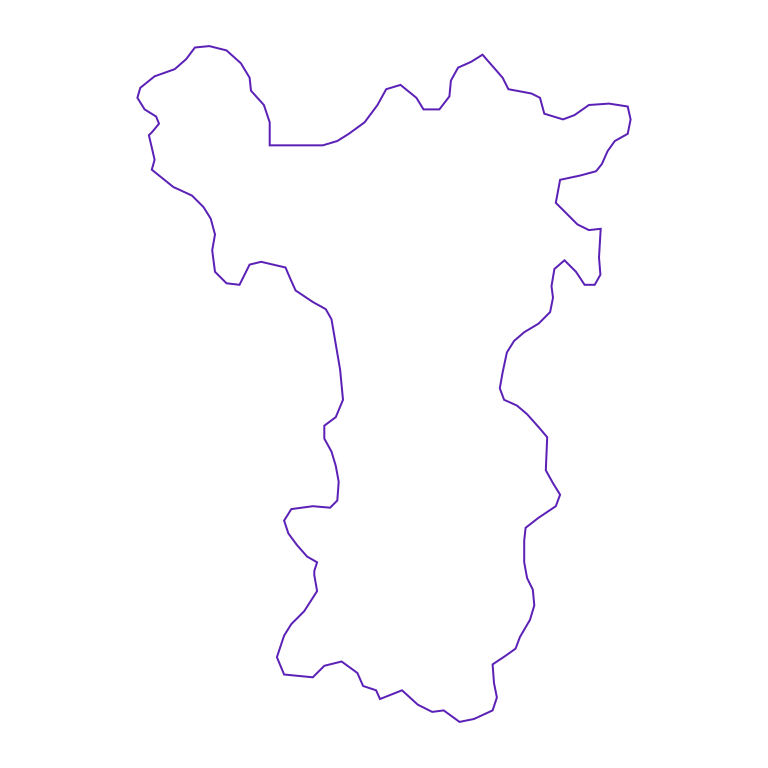 the district of Jecheon-si, North Chungcheong, South Korea
{"feature_id": "91817680B41858032192319", "entity_name": "Jecheon-si", "entity_type": "district", "adm_level": 2, "iso_a3": "KOR", "parent_name": "South Korea", "parent_adm1": "North Chungcheong", "projection": "mercator", "projection_center": [128.142, 37.027], "detail": "fine", "context": "isolated", "style": "outline", "palette": "violet", "viewbox_px": 768, "rotation_deg": 0, "n_neighbors": 0, "source": "geoboundaries", "source_scale": "gbopen_adm2", "svg_char_len": 1976}
<svg xmlns="http://www.w3.org/2000/svg" viewBox="0 0 768 768"><path d="M151.8,169.7L173.3,187.0L192.0,195.6L203.5,207.1L210.7,218.6L215.0,234.5L212.2,250.3L215.0,271.8L226.5,283.3L239.5,284.8L249.6,264.6L261.1,261.8L285.5,267.5L289.8,277.6L295.6,290.5L312.8,302.0L325.8,309.2L331.5,319.3L340.1,369.6L343.0,399.8L335.8,417.1L324.3,425.7L324.3,438.6L331.5,451.6L335.8,466.0L338.7,481.8L337.3,500.5L330.1,507.7L312.8,506.2L291.3,509.1L284.1,520.6L288.4,533.5L297.0,545.1L307.1,556.6L317.1,562.3L314.3,570.9L314.3,575.2L317.1,591.1L304.2,611.2L291.3,624.1L284.1,635.6L276.9,657.2L284.1,674.5L312.8,677.3L324.3,665.8L341.6,661.5L357.4,673.0L363.1,686.0L376.1,690.3L380.0,699.0L402.0,690.3L417.8,704.7L432.2,711.9L443.7,710.4L459.5,721.9L473.9,719.0L492.6,710.4L496.9,697.5L494.0,683.1L492.6,664.4L505.5,655.8L515.6,648.6L519.9,637.1L523.2,631.4L530.0,619.8L534.3,605.4L532.8,589.6L527.1,578.1L524.2,562.3L524.2,540.7L525.6,527.8L538.6,517.7L555.8,506.2L560.1,494.7L553.0,483.2L545.8,470.3L547.2,437.2L538.6,427.1L527.1,414.2L517.0,405.6L504.1,399.8L499.8,388.3L502.6,372.5L506.9,352.4L514.1,340.9L524.2,332.2L538.6,323.6L550.1,312.1L553.0,297.7L551.5,286.2L554.4,269.0L564.5,260.3L576.0,271.8L584.6,284.8L594.7,284.8L600.4,274.7L599.0,257.5L600.7,228.8L588.9,230.1L577.4,224.4L570.2,217.2L555.8,202.8L560.1,179.8L580.3,175.5L596.1,171.2L601.9,164.0L607.6,151.1L614.8,141.0L627.7,133.8L630.6,119.4L627.7,106.5L609.0,103.6L588.9,105.0L574.5,115.1L563.0,119.4L544.3,113.7L540.0,97.8L531.4,93.5L508.4,89.2L502.6,77.7L482.5,54.7L471.0,61.9L458.1,67.6L450.9,80.6L449.4,96.4L439.4,109.4L423.5,109.4L416.4,97.8L400.5,84.9L386.2,89.2L377.5,105.0L364.6,122.3L348.8,133.8L337.3,141.0L322.9,145.3L269.7,145.3L269.7,122.3L263.9,105.0L251.0,90.7L249.6,77.7L240.9,63.3L226.5,50.4L209.3,46.1L194.9,47.5L186.3,59.0L174.8,69.1L154.6,76.3L140.3,87.8L137.4,97.8L144.6,109.4L156.1,116.5L159.0,123.7L151.8,132.4L148.9,135.2L154.6,159.7L151.8,169.7Z" fill="none" stroke="#5b21b6" stroke-width="2"/></svg>